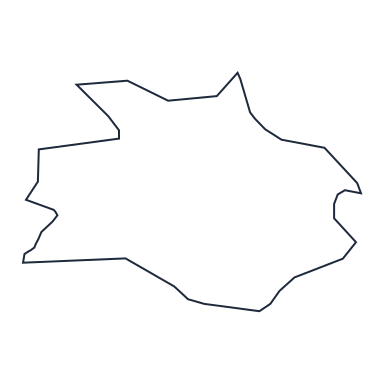 an SVG outline of Koper
{"feature_id": "SVN-1031", "entity_name": "Koper", "entity_type": "Municipality", "adm_level": 1, "iso_a3": "SVN", "parent_name": "Slovenia", "parent_adm1": "", "projection": "equal_earth", "projection_center": [13.807, 45.513], "detail": "fine", "context": "isolated", "style": "outline", "palette": "slate", "viewbox_px": 384, "rotation_deg": 0, "n_neighbors": 0, "source": "natural_earth", "source_scale": "10m", "svg_char_len": 692}
<svg xmlns="http://www.w3.org/2000/svg" viewBox="0 0 384 384"><path d="M168.1,100.7L216.8,96.1L237.6,72.8L240.3,79.0L250.1,112.4L255.0,118.8L265.2,129.3L281.5,139.7L324.5,147.8L357.2,183.1L360.9,193.0L361.0,193.3L344.9,190.2L337.7,194.5L334.1,204.0L334.1,218.3L356.0,242.2L342.8,258.7L294.5,277.4L279.5,290.9L270.4,303.8L259.4,311.2L204.3,303.9L188.0,299.2L174.3,286.5L125.5,258.4L23.0,262.7L23.1,262.3L24.5,254.0L29.3,250.9L30.3,250.5L34.3,247.6L35.9,243.7L38.3,239.2L41.4,232.0L52.7,221.4L57.4,215.3L55.6,212.1L53.8,209.9L26.0,199.8L37.9,181.6L38.8,149.4L119.0,138.6L119.0,130.3L108.1,116.0L92.7,100.7L76.6,84.7L127.4,80.7L168.1,100.7Z" fill="none" stroke="#1e293b" stroke-width="2"/></svg>